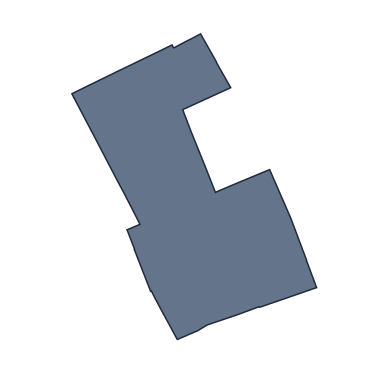 outline of Stefan Voda, Calarasi, Romania, rotated 240°
{"feature_id": "2599482B59698871742145", "entity_name": "Stefan Voda", "entity_type": "district", "adm_level": 2, "iso_a3": "ROU", "parent_name": "Romania", "parent_adm1": "Calarasi", "projection": "albers", "projection_center": [27.367, 44.346], "detail": "fine", "context": "isolated", "style": "filled", "palette": "slate", "viewbox_px": 384, "rotation_deg": 240, "n_neighbors": 0, "source": "geoboundaries", "source_scale": "gbopen_adm2", "svg_char_len": 3102}
<svg xmlns="http://www.w3.org/2000/svg" viewBox="0 0 384 384"><g transform="rotate(240 192 192)"><path d="M172.6,270.4L176.5,240.5L178.3,226.3L180.0,212.1L182.7,212.5L192.8,214.0L197.5,214.7L201.5,215.3L202.6,215.5L204.7,215.8L204.8,215.8L205.0,215.8L205.3,215.9L205.5,215.9L205.9,216.0L206.1,216.0L206.3,216.0L206.6,216.0L206.8,216.1L207.0,216.1L207.4,216.2L207.6,216.2L207.8,216.2L208.1,216.3L208.3,216.3L208.5,216.3L208.9,216.4L209.1,216.4L209.3,216.4L209.5,216.5L209.9,216.5L210.2,216.6L210.4,216.6L210.6,216.6L210.8,216.7L211.0,216.7L211.4,216.7L211.6,216.8L211.8,216.8L212.0,216.8L212.4,216.9L212.6,216.9L212.8,216.9L213.0,217.0L213.4,217.0L213.6,217.1L213.8,217.1L214.0,217.1L214.4,217.2L214.6,217.2L215.2,217.3L215.6,217.3L215.8,217.4L216.0,217.4L216.6,217.5L218.1,217.7L218.4,217.7L219.2,217.8L221.1,218.1L223.7,218.5L225.6,218.7L227.7,219.0L231.5,219.6L234.8,220.0L236.0,220.2L238.5,220.5L240.1,220.8L244.7,221.4L248.0,221.9L249.2,222.1L250.3,222.3L252.8,222.7L253.6,222.8L256.5,223.3L258.4,223.6L261.2,224.0L263.1,224.3L264.2,224.5L265.2,224.7L268.0,225.2L263.0,277.7L291.9,277.9L292.3,278.2L324.6,278.5L324.8,275.0L325.0,269.2L325.2,265.8L325.4,262.5L325.5,260.1L325.5,259.3L325.6,256.5L325.7,255.2L325.7,254.5L325.8,250.5L325.9,248.6L326.0,248.4L326.1,248.2L326.3,248.1L327.9,248.2L328.6,248.3L329.0,248.3L329.3,248.3L329.4,247.3L331.7,215.0L331.8,213.7L333.2,194.6L333.4,191.9L333.5,190.7L333.5,189.9L333.6,189.7L334.1,182.5L334.1,181.9L334.5,176.8L334.5,176.0L334.6,174.9L334.7,172.7L334.8,171.9L334.9,170.5L334.9,170.1L335.2,166.5L335.4,162.9L335.4,162.6L335.9,156.4L335.9,155.3L335.9,155.1L336.0,154.5L336.4,148.4L336.9,141.2L337.1,137.1L332.9,136.9L308.0,135.9L282.8,134.9L281.5,134.8L280.1,134.8L278.6,134.7L260.4,133.9L239.1,133.0L236.8,132.9L235.3,132.9L234.4,132.8L232.1,132.8L226.5,132.6L222.9,132.5L222.1,132.4L221.8,132.4L220.1,132.3L207.0,131.7L190.0,130.8L191.8,116.8L191.5,116.8L178.1,114.7L171.2,113.7L171.2,113.3L170.5,113.2L157.4,111.2L126.7,106.5L126.7,107.4L121.6,107.0L121.0,107.0L119.8,106.9L116.0,106.8L111.9,106.6L111.1,106.6L99.9,106.2L99.1,106.2L98.1,106.2L95.5,106.1L94.6,106.1L89.9,106.0L89.3,106.0L78.7,105.7L71.7,105.5L71.5,106.4L71.2,108.9L70.5,114.8L70.4,115.1L70.4,116.1L70.1,118.6L69.8,121.0L69.3,125.1L69.0,127.1L69.0,127.4L69.3,138.0L69.3,138.3L69.3,138.5L69.2,138.7L69.1,139.5L68.2,144.1L62.9,170.5L60.2,186.5L59.2,192.0L59.1,192.8L58.5,192.9L58.4,192.9L56.6,201.9L54.5,212.8L54.4,213.2L46.9,252.1L47.0,252.1L48.9,252.4L50.2,252.6L50.9,252.8L52.2,253.0L53.4,253.2L54.1,253.3L55.4,253.5L55.7,253.6L56.2,253.7L57.0,253.8L57.3,253.9L58.0,254.0L58.5,254.1L58.9,254.1L59.3,254.2L60.0,254.3L60.5,254.4L60.8,254.4L61.1,254.5L64.7,255.1L65.3,255.2L65.9,255.3L66.5,255.4L67.1,255.5L67.5,255.6L67.8,255.6L68.2,255.7L68.7,255.8L71.9,256.3L72.2,256.4L73.2,256.5L73.4,256.6L73.6,256.6L73.8,256.5L74.3,256.4L74.4,256.5L74.5,256.5L75.1,257.0L75.6,257.1L76.3,257.3L78.3,257.6L82.5,258.3L83.9,258.5L96.6,260.6L99.6,261.1L100.9,261.3L103.3,261.7L120.2,264.5L121.0,264.6L152.9,268.2L172.3,270.4L172.6,270.4Z" fill="#64748b" stroke="#1e293b" stroke-width="1.5"/></g></svg>